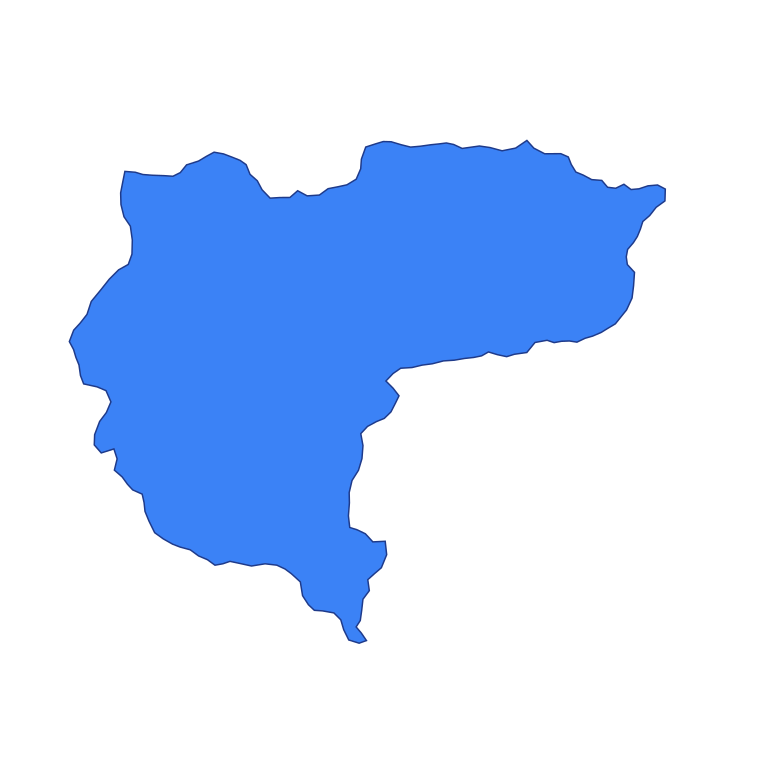 São Pedro da União, Minas Gerais, Brazil (Albers equal-area conic projection), rotated 172°
{"feature_id": "56859067B79679337847507", "entity_name": "São Pedro da União", "entity_type": "district", "adm_level": 2, "iso_a3": "BRA", "parent_name": "Brazil", "parent_adm1": "Minas Gerais", "projection": "albers", "projection_center": [-46.65, -21.105], "detail": "fine", "context": "isolated", "style": "filled", "palette": "blue", "viewbox_px": 768, "rotation_deg": 172, "n_neighbors": 0, "source": "geoboundaries", "source_scale": "gbopen_adm2", "svg_char_len": 2613}
<svg xmlns="http://www.w3.org/2000/svg" viewBox="0 0 768 768"><g transform="rotate(172 384 384)"><path d="M444.7,130.8L437.1,132.4L441.1,140.5L445.4,147.3L440.4,153.1L437.6,162.9L434.8,173.8L427.3,181.4L427.3,192.5L419.7,197.6L412.2,202.4L405.1,214.6L404.7,228.1L417.0,229.2L423.3,238.3L430.8,243.3L437.9,246.7L437.6,258.4L434.8,271.1L433.6,281.3L429.1,292.9L421.3,302.1L416.2,313.2L413.4,325.9L413.9,338.1L406.2,344.3L396.8,347.8L388.5,349.9L381.0,355.4L375.1,363.8L370.8,370.2L375.6,378.6L381.7,386.7L373.6,393.1L365.3,397.3L353.9,396.4L343.6,397.4L333.3,397.3L321.9,398.6L311.1,397.8L300.5,398.1L291.4,397.8L283.4,398.3L276.1,401.2L267.7,397.3L258.7,394.0L250.7,395.3L238.2,395.3L228.7,404.1L216.4,404.6L209.8,401.3L202.2,401.6L194.4,400.8L187.1,398.6L178.5,401.3L170.7,402.4L161.6,404.9L154.8,407.9L146.5,411.4L139.9,417.6L133.5,423.6L126.4,434.6L123.2,446.5L120.4,459.7L126.4,468.4L126.4,476.2L124.0,483.4L117.4,489.2L112.6,494.8L108.6,501.6L105.1,508.9L97.5,513.8L89.9,521.1L80.3,526.2L78.3,537.9L85.4,543.0L95.0,543.5L104.3,541.8L112.3,542.2L118.6,548.4L127.3,545.6L135.2,547.7L140.0,555.3L149.9,557.5L157.7,563.2L164.5,567.2L168.0,575.3L169.9,583.2L176.9,587.5L192.8,589.6L202.8,596.7L208.6,605.3L220.8,599.3L234.6,598.5L246.1,603.4L256.4,606.4L265.4,606.4L273.8,606.4L281.7,611.5L288.7,614.0L296.1,614.1L304.1,614.4L314.7,614.4L324.7,614.9L333.8,618.6L343.2,622.9L351.0,624.2L358.8,623.0L369.1,621.2L375.1,609.8L377.1,600.4L383.0,590.7L393.0,586.4L402.4,585.7L412.2,585.2L421.7,580.1L433.9,581.0L442.6,587.4L451.2,581.8L460.8,583.1L470.9,583.9L477.7,593.3L481.2,602.9L487.5,610.3L490.0,620.4L495.4,625.5L502.9,629.8L510.9,634.2L520.0,637.2L528.1,634.2L536.6,630.6L549.0,628.5L556.3,621.7L564.1,619.1L572.7,620.9L584.5,623.0L593.6,625.0L600.8,628.3L611.0,630.6L614.7,620.1L618.2,609.9L619.5,598.3L618.2,585.8L613.2,575.6L613.2,561.6L615.5,547.7L620.6,538.0L630.9,534.0L641.5,526.0L651.8,516.2L662.4,506.5L668.4,494.3L676.6,486.4L683.8,480.5L689.7,469.8L686.6,461.3L685.4,453.3L683.4,445.3L683.4,434.6L681.4,425.9L668.5,421.1L660.2,416.1L656.9,404.3L662.9,394.4L670.8,386.5L677.6,374.1L679.4,364.0L673.6,355.1L660.5,357.3L658.7,347.0L663.0,336.2L656.2,328.4L651.9,320.3L647.6,314.1L638.8,308.6L638.1,300.0L638.4,291.1L635.8,280.9L631.8,268.7L624.2,261.4L615.6,254.8L608.6,250.9L599.0,246.8L591.5,239.5L583.3,234.6L576.6,228.1L568.6,228.4L561.2,229.8L552.9,226.8L540.5,222.2L526.8,222.5L515.3,219.5L507.8,214.6L502.2,209.1L494.4,199.7L494.1,185.7L489.6,176.0L484.5,169.6L476.5,167.9L465.5,164.3L459.6,156.5L458.1,146.3L454.5,135.4L444.7,130.8Z" fill="#3b82f6" stroke="#1e3a8a" stroke-width="1.5"/></g></svg>